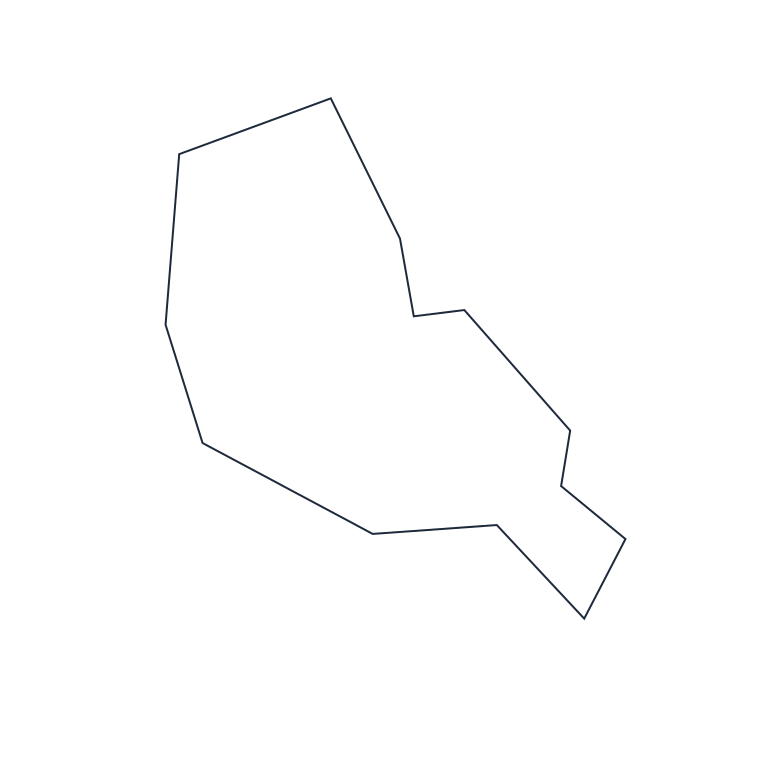 the Highly Urbanized City of San Juan, rotated 44°
{"feature_id": "PHL-5551", "entity_name": "San Juan", "entity_type": "Highly Urbanized City", "adm_level": 1, "iso_a3": "PHL", "parent_name": "Philippines", "parent_adm1": "", "projection": "mercator", "projection_center": [121.051, 14.596], "detail": "fine", "context": "isolated", "style": "outline", "palette": "slate", "viewbox_px": 768, "rotation_deg": 44, "n_neighbors": 0, "source": "natural_earth", "source_scale": "10m", "svg_char_len": 332}
<svg xmlns="http://www.w3.org/2000/svg" viewBox="0 0 768 768"><g transform="rotate(44 384 384)"><path d="M147.3,215.5L294.5,268.3L358.4,314.6L390.4,275.0L550.3,288.2L582.3,334.4L665.4,327.8L691.0,413.7L563.1,407.1L480.0,499.7L294.5,552.5L185.7,493.1L77.0,360.9L147.3,215.5Z" fill="none" stroke="#1e293b" stroke-width="2"/></g></svg>